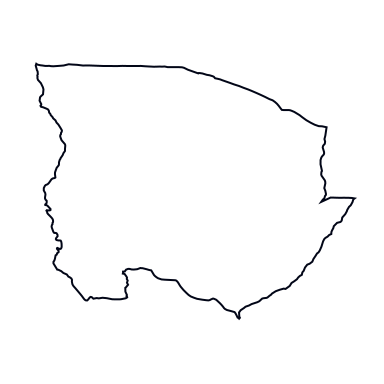 the district of Dekese, Kasaï-Occidental, Democratic Republic of the Congo, rotated 93°
{"feature_id": "63176286B23528212594514", "entity_name": "Dekese", "entity_type": "district", "adm_level": 2, "iso_a3": "COD", "parent_name": "Democratic Republic of the Congo", "parent_adm1": "Kasaï-Occidental", "projection": "robinson", "projection_center": [21.532, -3.234], "detail": "fine", "context": "isolated", "style": "outline", "palette": "ink", "viewbox_px": 384, "rotation_deg": 93, "n_neighbors": 0, "source": "geoboundaries", "source_scale": "gbopen_adm2", "svg_char_len": 5802}
<svg xmlns="http://www.w3.org/2000/svg" viewBox="0 0 384 384"><g transform="rotate(93 192 192)"><path d="M255.3,68.2L252.5,67.2L249.7,65.5L246.8,63.9L245.7,62.5L243.6,61.3L243.0,61.1L239.9,59.9L234.4,58.5L232.0,57.4L230.8,56.3L229.5,54.3L227.7,52.7L226.7,50.7L224.7,50.7L223.2,50.2L220.7,49.0L218.7,48.6L215.2,45.5L214.2,42.3L213.5,41.5L212.6,41.0L209.6,40.6L206.1,37.8L203.2,36.4L201.7,36.0L199.4,34.8L198.6,34.4L197.0,32.8L193.7,31.2L190.9,30.5L189.9,29.3L189.6,32.2L189.6,34.7L189.7,37.6L189.8,40.3L190.0,42.9L190.1,45.4L190.2,49.3L190.2,51.3L190.3,52.6L190.3,53.3L195.1,62.4L192.7,60.9L192.1,60.2L191.6,59.6L188.9,58.9L188.0,58.2L187.0,58.1L183.9,58.9L181.2,60.1L176.4,59.3L174.7,59.5L173.4,60.0L168.9,63.5L167.6,63.9L165.2,63.8L164.2,63.3L157.6,65.1L155.1,65.2L153.4,65.3L151.0,64.7L149.8,64.1L147.7,62.4L146.8,62.1L145.2,62.2L140.8,63.8L139.3,63.6L138.4,63.1L136.9,61.9L134.7,61.7L132.2,62.5L128.7,61.8L120.3,61.0L119.6,65.5L119.6,68.9L118.4,73.0L116.6,77.1L114.3,81.6L111.5,85.9L109.6,88.6L106.7,94.0L105.7,96.7L105.2,98.4L105.1,99.9L105.2,101.8L105.4,104.5L105.3,106.6L103.7,108.0L101.3,110.0L99.5,111.7L97.8,113.8L96.2,116.3L95.2,119.5L93.1,124.3L91.4,128.5L89.7,132.9L88.0,137.5L86.7,141.2L85.2,146.1L83.7,150.5L82.4,155.5L81.1,159.7L79.7,164.5L78.8,167.6L78.1,169.7L77.7,171.7L77.2,174.9L75.8,176.2L75.3,177.4L74.5,180.6L74.2,183.4L73.1,187.7L72.8,190.6L72.9,191.7L73.2,191.9L73.1,192.4L70.1,202.5L68.4,206.5L68.0,208.4L68.0,211.6L68.2,215.3L68.4,219.6L68.6,222.7L68.1,225.9L68.4,228.5L68.4,230.6L68.6,232.9L68.9,236.6L68.9,240.5L68.9,244.7L68.8,249.6L69.2,255.8L69.5,261.6L69.7,268.0L70.2,273.8L70.4,278.8L70.8,286.4L70.9,293.0L71.0,300.5L71.4,307.8L71.0,313.5L71.0,317.6L70.9,321.8L72.4,326.8L73.1,332.1L73.7,337.1L73.7,339.5L73.5,340.9L73.8,345.1L73.5,348.0L73.4,349.9L72.9,352.9L72.1,354.2L74.0,354.7L77.5,353.5L78.3,353.3L78.7,353.1L79.6,352.5L82.5,352.1L83.3,352.5L84.1,352.6L85.1,352.2L86.2,352.4L88.1,351.7L91.2,348.6L95.2,346.4L96.7,345.9L97.0,345.8L97.4,345.7L102.3,345.9L104.5,348.1L105.4,348.7L108.8,349.0L112.2,347.1L112.6,347.2L113.1,347.2L113.7,347.8L114.1,347.7L114.7,347.3L114.8,347.2L115.2,345.1L116.5,341.4L117.1,340.1L118.2,339.3L118.8,339.1L120.2,338.8L121.4,337.6L122.6,337.1L124.6,335.1L125.7,334.5L127.6,332.1L129.8,330.9L131.6,329.0L134.7,326.8L137.0,325.3L137.6,325.1L138.8,325.3L139.8,325.9L141.1,325.9L141.5,326.2L141.9,326.4L143.1,326.6L144.3,326.2L147.1,325.0L150.9,321.4L151.4,321.2L152.0,321.0L153.4,321.0L155.4,321.1L157.7,321.0L158.2,321.3L159.9,322.4L162.0,323.1L165.1,325.0L165.7,325.1L166.5,325.6L166.9,325.8L169.3,326.4L171.0,326.3L172.3,326.5L174.9,328.4L177.1,329.1L179.5,329.8L181.2,329.8L184.7,329.2L185.2,329.8L185.8,331.9L186.7,333.0L190.5,335.4L191.8,336.6L192.3,337.6L192.7,338.5L193.5,339.2L195.8,340.2L198.2,340.1L200.8,338.5L202.3,338.2L205.0,338.5L206.3,338.4L207.5,337.7L208.3,336.7L209.0,336.6L210.4,336.6L210.9,336.8L211.2,337.0L211.5,337.3L212.1,337.9L212.7,337.8L212.8,336.6L213.2,335.7L216.4,332.4L217.4,332.4L217.8,333.0L217.9,334.2L217.8,336.1L218.3,336.4L219.0,335.7L220.4,335.5L221.6,334.6L223.3,332.7L224.8,331.1L225.9,330.1L226.9,329.5L228.2,329.2L229.3,329.2L230.2,329.7L231.4,329.6L232.4,330.2L233.9,330.4L235.0,330.1L235.7,329.8L239.0,328.4L240.1,327.4L240.0,326.3L240.2,325.2L241.0,324.6L241.7,324.1L243.2,323.9L245.2,325.3L246.1,325.5L246.8,325.1L247.1,324.6L247.4,322.6L247.3,321.2L247.5,320.5L248.7,319.9L250.6,319.5L253.2,319.3L254.3,319.4L255.0,319.7L255.3,319.8L255.4,320.0L255.9,320.9L255.1,323.0L254.9,323.5L255.2,323.9L255.8,323.9L257.8,322.1L258.3,322.1L259.1,322.1L259.3,322.3L259.8,323.0L260.2,323.5L261.6,323.8L262.4,324.9L265.9,325.4L267.7,325.9L269.0,326.7L270.6,326.6L276.6,322.5L276.6,321.5L277.9,318.4L279.6,316.2L280.9,312.7L283.0,311.0L283.5,309.7L284.7,307.9L286.1,307.2L287.4,307.3L288.9,307.0L290.6,306.5L292.2,305.4L293.8,303.8L297.3,300.5L298.6,299.3L300.1,297.9L301.9,296.3L303.4,295.1L304.7,294.0L305.3,293.3L305.8,292.3L305.8,291.0L305.1,290.3L304.0,289.5L303.1,288.9L302.1,287.9L302.2,286.7L303.7,284.9L302.9,281.6L303.1,279.5L302.3,275.8L302.5,271.5L303.3,266.0L303.2,263.0L303.0,259.0L302.8,257.3L301.6,252.6L300.9,251.6L300.6,251.2L299.9,251.4L299.4,252.0L298.3,251.6L295.0,253.3L291.2,253.6L290.8,253.1L288.0,251.0L286.0,252.2L283.8,251.6L282.2,252.6L281.0,252.4L280.4,252.7L279.9,253.0L277.4,255.0L277.1,256.8L275.9,256.6L275.1,256.7L274.9,255.0L273.8,254.3L273.0,253.8L272.8,253.3L272.6,252.9L272.2,252.0L272.1,251.3L272.0,250.9L272.1,250.5L272.2,249.6L272.3,249.2L272.4,248.7L272.5,248.3L272.5,246.2L272.4,245.7L272.4,245.2L272.2,244.2L272.1,243.7L272.1,243.3L272.0,242.8L271.8,242.3L270.8,240.0L270.6,239.6L270.7,238.7L270.7,238.2L270.7,237.3L270.8,236.8L270.9,236.3L271.0,235.8L271.2,234.8L271.3,234.3L271.5,233.3L271.6,232.8L271.9,231.7L272.0,231.2L272.1,230.7L272.2,230.2L272.4,228.6L276.9,225.6L278.0,224.4L279.1,222.8L279.9,221.4L280.9,217.8L281.0,214.6L281.0,212.2L281.0,209.8L281.0,204.0L281.3,203.0L282.6,201.6L284.1,200.5L285.9,199.3L287.1,198.4L290.3,195.4L293.0,192.4L295.0,190.0L296.4,187.7L297.5,184.5L298.4,181.4L299.0,176.2L299.3,172.3L299.4,170.0L299.0,168.6L298.2,167.3L297.3,165.4L297.6,164.1L298.4,162.1L301.5,158.4L303.0,156.8L304.8,155.1L306.4,153.8L307.1,152.9L308.0,151.0L309.0,146.2L309.7,143.2L310.9,142.2L312.4,141.3L314.2,140.3L315.0,139.9L315.6,138.6L316.0,138.3L315.1,137.6L314.4,138.0L313.7,138.3L309.8,138.7L307.5,137.2L305.1,134.0L303.8,132.6L303.5,132.0L302.4,129.2L300.8,126.6L298.6,120.9L297.5,119.0L294.8,116.4L294.4,115.3L293.8,111.9L293.3,111.0L291.5,109.1L290.3,107.5L289.4,107.0L286.7,103.2L285.0,99.2L283.7,95.4L283.9,93.5L280.7,89.5L278.1,88.1L277.6,87.8L275.9,85.4L273.6,82.6L271.8,81.5L270.1,79.8L269.0,78.0L266.6,77.6L265.9,77.2L265.0,76.4L261.5,75.2L258.5,73.1L257.5,70.8L255.3,68.2Z" fill="none" stroke="#020617" stroke-width="2"/></g></svg>